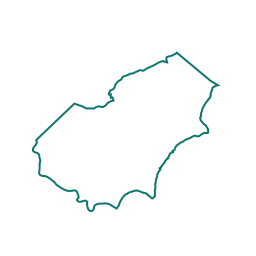 outline of Saphire, Laborie, Saint Lucia, rotated 305°
{"feature_id": "8701671B62248544319556", "entity_name": "Saphire", "entity_type": "district", "adm_level": 2, "iso_a3": "LCA", "parent_name": "Saint Lucia", "parent_adm1": "Laborie", "projection": "orthographic", "projection_center": [-61.013, 13.757], "detail": "fine", "context": "isolated", "style": "outline", "palette": "teal", "viewbox_px": 256, "rotation_deg": 305, "n_neighbors": 0, "source": "geoboundaries", "source_scale": "gbopen_adm2", "svg_char_len": 5778}
<svg xmlns="http://www.w3.org/2000/svg" viewBox="0 0 256 256"><g transform="rotate(305 128 128)"><path d="M217.7,124.8L216.1,124.5L214.4,123.4L212.2,122.3L210.9,121.2L210.5,120.8L209.5,120.0L209.0,119.5L208.5,119.2L207.1,119.4L206.8,119.5L205.9,120.4L205.4,120.9L204.8,121.8L204.2,122.4L203.9,121.6L203.5,120.9L203.3,119.9L202.9,118.3L202.6,117.9L202.4,117.8L201.9,117.3L199.4,115.7L198.4,115.1L196.4,114.3L195.0,113.5L193.4,112.8L191.9,111.9L191.0,111.3L189.0,110.0L187.1,109.1L183.8,107.8L182.2,104.6L179.5,103.0L178.3,102.3L177.4,101.7L176.0,100.9L175.3,100.5L174.8,99.9L174.3,99.3L173.7,98.7L171.7,97.7L171.4,97.5L170.1,96.7L168.3,95.3L167.8,94.9L166.5,94.4L166.0,94.4L165.0,94.5L164.0,94.5L163.6,94.6L162.7,94.0L161.7,93.8L160.9,93.3L159.5,92.9L157.3,92.8L156.0,92.8L154.3,93.5L153.5,93.7L152.6,93.7L151.6,93.7L150.1,92.9L148.7,92.3L148.1,91.8L147.3,92.3L146.2,92.5L145.6,92.3L145.0,92.6L144.5,93.3L144.9,94.0L145.7,94.6L144.7,95.4L143.6,95.9L142.9,96.6L143.8,97.2L144.1,97.7L144.0,98.1L143.2,99.0L142.2,100.4L139.7,98.3L138.5,97.7L136.5,97.0L133.6,96.7L132.9,96.5L131.6,95.8L130.7,95.4L129.4,92.6L128.8,91.5L127.4,90.3L126.1,89.6L125.6,89.2L124.3,88.9L122.9,86.5L120.1,82.6L119.5,77.9L118.5,74.8L118.0,73.1L117.2,70.1L65.4,59.7L65.2,60.2L64.7,61.0L64.1,61.5L63.7,61.7L63.1,61.9L62.0,62.0L60.4,62.0L57.7,61.9L57.0,62.0L56.5,62.1L55.9,62.4L54.9,63.2L54.7,63.7L54.6,64.2L54.6,64.7L55.0,66.8L55.4,67.7L55.5,68.1L55.5,68.9L55.5,69.5L55.4,69.9L55.1,70.4L54.9,70.7L54.3,71.4L53.4,72.1L52.7,72.7L52.2,73.5L51.3,74.5L50.8,74.9L50.5,75.1L48.9,75.8L48.2,76.1L47.9,76.1L47.6,76.3L47.1,76.7L46.0,77.6L45.1,78.2L43.6,79.1L43.2,79.3L42.2,79.9L40.9,80.5L40.2,81.0L39.7,81.5L39.5,81.8L39.3,82.1L39.2,82.5L39.1,83.2L39.2,83.7L39.5,84.9L39.8,85.7L40.3,86.4L40.5,86.8L41.4,88.7L41.6,89.7L41.7,90.9L41.7,91.9L41.8,92.9L41.8,93.6L41.6,95.5L41.6,97.5L41.5,98.1L41.1,99.9L40.6,101.5L40.5,102.3L40.5,105.4L40.5,106.2L40.5,107.6L40.6,108.4L40.7,109.0L40.9,110.3L41.5,113.5L41.7,114.1L41.8,114.5L42.7,115.9L43.4,116.7L44.0,117.7L44.7,118.1L44.9,118.5L46.2,120.0L46.7,121.0L46.7,122.1L46.3,123.1L46.0,123.4L45.6,123.9L44.5,125.6L43.6,126.7L42.8,127.3L42.1,127.5L41.1,127.2L40.4,127.2L39.9,127.4L39.4,128.1L39.3,129.2L39.5,130.1L40.4,131.5L41.4,132.3L42.6,133.3L43.8,134.3L44.2,135.3L44.3,136.3L44.0,137.0L41.9,138.3L40.2,139.9L39.1,141.4L38.6,142.2L38.3,143.5L38.4,144.7L38.7,145.4L39.5,146.0L40.8,146.4L41.7,146.5L43.0,146.0L44.0,145.4L44.9,145.2L46.1,145.4L47.4,146.0L48.4,146.7L49.3,147.7L50.7,149.3L51.3,150.3L53.5,153.1L54.0,153.9L54.7,155.6L55.1,158.4L55.1,160.0L55.4,164.1L55.4,164.6L55.5,164.9L56.9,164.9L58.0,164.8L59.1,164.9L60.1,164.7L60.8,164.4L62.5,164.0L63.5,163.7L65.2,163.7L65.7,163.6L66.5,163.5L67.2,163.6L69.4,163.6L71.6,163.9L72.3,164.2L72.7,164.4L73.5,165.1L73.8,165.2L74.4,165.2L76.2,166.2L76.7,166.5L77.4,167.0L78.1,167.8L78.5,168.1L79.8,168.8L80.2,169.2L80.8,170.0L81.0,170.2L81.4,170.5L81.9,171.1L82.0,171.3L82.3,172.0L82.4,172.6L82.9,174.2L83.0,174.9L83.4,176.4L83.5,176.9L83.8,177.9L84.1,178.4L84.5,179.5L84.7,180.1L84.8,180.4L84.9,181.3L84.8,181.8L84.7,182.2L84.5,182.4L84.4,182.6L84.4,183.1L84.5,183.7L84.5,184.2L84.5,184.7L84.4,185.1L84.3,185.9L84.1,187.3L84.1,187.9L84.2,188.3L84.5,188.5L84.9,188.7L87.7,189.1L88.0,189.0L88.4,188.8L88.5,188.4L88.8,188.2L89.6,187.7L90.0,187.5L90.3,187.4L90.6,187.3L92.1,186.0L93.1,185.4L93.6,185.2L94.4,184.9L95.4,184.3L96.3,183.7L96.8,183.3L97.1,182.8L97.7,182.3L97.9,182.3L98.8,182.1L100.5,181.2L101.7,180.6L103.4,180.1L104.0,180.0L105.6,179.4L105.8,179.3L106.2,179.0L106.9,178.6L107.4,178.5L108.0,178.4L108.6,178.3L109.5,178.2L110.6,178.1L111.0,178.2L112.1,178.3L112.4,178.2L112.6,178.1L112.8,177.6L113.0,177.0L113.2,176.9L113.3,177.0L113.5,177.2L113.6,177.4L113.9,177.6L114.3,177.7L114.5,177.7L115.3,177.3L117.0,177.4L119.5,177.7L121.9,177.5L122.7,177.3L122.9,177.3L123.2,177.4L123.9,177.6L124.3,177.8L124.6,177.8L125.0,177.7L125.3,177.6L125.6,177.7L125.9,177.8L126.3,178.3L126.6,178.2L126.9,177.8L127.1,177.8L128.3,177.5L128.6,177.5L129.0,177.7L129.4,177.6L129.9,177.3L130.3,177.2L130.8,177.2L131.2,177.2L131.8,177.3L132.6,177.6L133.1,177.9L133.5,178.1L133.5,178.3L133.6,178.7L133.8,178.8L133.9,178.7L134.2,178.5L134.5,177.7L135.0,177.6L135.9,178.3L136.3,178.6L136.6,178.7L137.4,178.5L137.9,178.2L138.2,178.1L139.0,178.0L139.5,177.9L140.2,177.9L140.6,177.9L142.3,178.1L143.1,178.4L143.5,178.6L144.0,178.8L145.7,179.3L147.0,179.9L147.9,180.5L148.8,181.0L149.8,181.3L150.2,181.5L150.9,181.7L152.2,182.4L152.9,182.8L155.1,184.4L155.9,184.9L157.4,185.5L158.9,186.3L159.6,186.8L160.1,187.4L160.4,187.9L160.8,189.3L161.1,189.8L161.5,190.4L161.7,190.6L162.1,190.8L162.5,191.0L162.8,191.2L163.3,191.3L164.4,191.6L164.6,191.7L166.2,192.4L167.3,193.0L167.8,193.4L168.2,193.9L168.5,194.6L168.7,195.0L169.1,195.6L169.4,195.9L169.8,196.2L170.3,196.3L170.6,196.2L170.8,195.8L171.3,195.3L171.9,195.1L172.0,194.8L172.3,194.6L172.7,194.4L173.2,193.9L173.3,193.7L173.4,193.4L173.6,192.4L173.8,192.2L174.7,190.6L174.8,189.9L174.7,189.1L174.7,188.5L174.7,188.1L174.8,187.2L175.1,186.0L175.3,185.5L175.7,184.6L175.9,183.3L176.0,183.1L176.3,182.9L176.6,182.6L176.8,182.2L177.1,181.8L178.1,181.1L178.8,181.1L179.1,181.1L179.4,181.1L180.2,180.6L180.8,180.0L182.1,179.4L182.6,179.2L183.3,179.2L186.3,178.0L186.9,177.8L187.7,177.7L188.2,177.7L190.2,177.5L191.1,177.4L191.3,177.4L192.0,177.4L193.0,177.2L194.4,177.3L194.8,177.4L196.4,177.6L196.6,177.6L197.1,177.3L197.5,177.3L199.0,177.7L200.2,177.7L200.6,177.7L201.2,177.4L201.5,177.1L202.0,176.9L202.4,176.9L202.7,176.8L203.1,176.3L203.5,176.1L204.9,175.5L207.3,175.2L208.4,174.7L208.7,174.4L209.4,174.2L209.8,174.2L210.3,174.3L210.7,174.5L211.2,174.8L211.7,175.2L212.1,175.4L213.1,175.8L213.8,176.5L214.1,176.6L214.6,177.1L214.0,168.4L217.7,124.8Z" fill="none" stroke="#0f766e" stroke-width="2"/></g></svg>